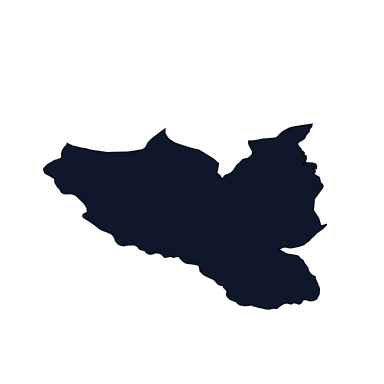 outline of Camocuautla, Puebla, Mexico, rotated 285°
{"feature_id": "50627088B78177110012738", "entity_name": "Camocuautla", "entity_type": "district", "adm_level": 2, "iso_a3": "MEX", "parent_name": "Mexico", "parent_adm1": "Puebla", "projection": "equal_earth", "projection_center": [-97.753, 20.035], "detail": "fine", "context": "isolated", "style": "filled", "palette": "ink", "viewbox_px": 384, "rotation_deg": 285, "n_neighbors": 0, "source": "geoboundaries", "source_scale": "gbopen_adm2", "svg_char_len": 5371}
<svg xmlns="http://www.w3.org/2000/svg" viewBox="0 0 384 384"><g transform="rotate(285 192 192)"><path d="M121.1,167.3L121.5,168.3L122.1,169.7L123.2,171.3L124.2,172.9L124.5,175.4L124.5,177.3L124.0,179.4L122.7,181.1L121.9,182.4L122.3,183.4L122.8,184.3L123.3,185.6L124.1,186.9L124.5,188.2L124.2,190.8L124.7,192.0L125.4,192.8L126.2,194.4L126.2,196.1L125.9,197.3L124.7,198.2L123.4,200.6L122.7,202.1L122.1,203.3L122.0,205.5L122.4,208.4L122.8,211.0L123.0,214.1L123.2,217.0L122.6,218.0L120.8,219.0L117.6,220.6L116.0,223.4L115.1,225.5L114.6,228.0L114.0,230.9L113.9,232.3L113.6,234.2L113.0,236.2L112.7,237.1L111.9,237.9L111.3,239.1L110.6,239.9L110.1,240.9L109.5,242.3L109.5,243.2L109.6,244.6L109.9,245.8L109.6,246.7L108.2,247.3L107.7,248.1L107.3,249.0L106.7,250.2L105.0,251.8L104.4,252.0L103.2,251.9L102.4,251.9L101.6,252.1L100.7,252.8L99.4,254.5L98.6,255.8L98.1,257.8L97.8,260.2L97.8,262.4L96.9,264.2L96.0,265.8L95.7,267.4L95.6,269.1L96.2,273.0L97.0,275.2L97.5,276.6L98.0,277.5L98.4,278.2L98.4,279.3L98.3,280.0L98.0,281.0L98.0,281.8L98.3,282.9L98.2,283.8L98.1,284.6L98.0,285.4L98.1,287.6L98.4,290.0L98.3,293.2L98.9,296.2L99.1,297.3L100.3,299.0L101.0,300.6L101.4,303.1L101.7,304.1L102.6,304.7L103.8,305.5L104.9,306.3L105.7,307.2L107.2,308.5L108.2,309.6L109.0,311.1L109.6,313.0L109.5,314.7L109.7,317.0L111.4,318.4L111.6,319.5L111.8,321.3L111.6,323.0L111.6,324.5L113.1,325.9L114.1,326.5L115.8,326.6L116.9,327.5L117.5,329.0L117.7,330.9L117.5,333.8L118.0,335.7L119.2,337.8L120.2,339.0L121.4,340.1L123.6,340.4L126.2,341.1L128.9,340.5L131.4,340.0L132.9,339.1L133.8,338.2L135.5,337.1L137.5,335.5L139.5,334.0L141.9,332.7L142.2,331.3L142.7,328.9L144.7,326.0L146.4,324.5L148.6,323.4L150.1,321.7L152.0,319.1L153.0,318.1L154.5,317.0L154.9,315.4L155.8,313.2L157.3,311.6L157.4,309.7L157.2,306.7L156.8,302.9L156.6,299.1L157.1,297.0L158.0,293.9L158.2,291.8L159.0,291.0L160.5,292.1L162.5,294.3L163.4,297.4L163.4,300.7L164.9,304.4L166.1,306.7L167.2,308.9L168.8,311.4L170.5,313.8L172.8,315.2L174.9,317.3L178.0,318.8L180.8,320.7L184.7,322.8L190.8,327.8L195.6,330.5L193.6,327.6L192.5,325.1L199.2,321.0L203.8,315.9L204.6,315.1L205.8,313.7L208.6,313.3L211.1,312.9L214.7,312.2L217.0,311.8L229.7,316.8L231.2,316.8L231.8,316.9L232.3,316.5L233.3,315.5L233.6,314.7L234.6,313.2L235.4,313.0L238.9,311.1L240.4,305.7L241.7,304.7L242.9,305.5L244.1,305.7L245.9,302.9L245.9,303.4L246.8,305.9L249.1,305.6L250.8,304.2L251.0,302.1L250.8,300.1L249.6,294.2L247.9,293.0L247.3,292.5L247.1,291.9L247.1,291.1L247.5,290.8L247.9,291.0L248.4,291.6L248.9,292.5L249.1,292.8L249.9,292.9L250.7,293.5L251.4,293.6L251.8,293.5L252.7,293.5L253.3,293.7L254.1,293.6L254.9,293.0L255.6,293.2L256.1,292.9L256.4,292.4L256.4,291.4L256.6,290.7L257.3,290.4L258.7,290.2L259.3,289.6L259.7,288.6L260.1,287.3L260.7,286.8L260.9,286.6L261.7,285.9L262.4,285.1L263.0,283.6L264.2,282.6L264.7,282.1L265.6,281.4L266.4,281.4L266.7,281.3L268.4,282.4L269.3,283.3L270.0,284.0L270.6,284.5L271.5,285.5L272.5,286.4L274.5,287.0L276.2,287.2L277.2,287.6L278.1,287.9L278.5,288.1L278.9,288.3L279.8,288.7L280.6,289.3L282.0,289.3L282.7,289.2L283.4,289.2L284.2,289.5L285.0,289.9L285.8,290.3L286.4,290.6L286.8,290.4L287.4,290.2L288.4,290.3L284.8,282.0L283.2,278.4L281.3,274.1L279.0,269.8L273.9,264.4L270.3,262.0L267.1,260.2L265.7,259.1L264.6,256.2L262.6,250.7L261.2,246.6L258.9,242.2L256.5,236.6L256.1,233.9L254.6,234.0L253.1,234.6L250.7,236.6L248.8,238.6L246.6,240.3L244.0,240.7L241.0,239.0L238.7,237.4L237.6,234.7L236.1,232.6L233.1,231.1L229.5,228.6L222.9,226.4L220.5,224.9L219.0,223.5L216.8,220.1L211.6,217.6L213.2,216.4L214.6,215.0L215.2,214.3L215.6,213.2L216.0,212.1L216.8,211.1L217.7,210.6L219.3,210.8L223.4,210.4L226.3,210.1L229.3,203.9L232.7,192.6L234.1,187.5L233.8,181.2L234.2,170.1L234.7,162.9L236.5,157.0L238.2,153.9L241.9,150.3L245.6,149.6L242.0,146.6L232.8,139.6L228.1,136.9L224.9,136.4L222.4,135.7L219.7,133.0L216.7,126.5L213.8,119.8L209.0,103.3L208.0,100.2L206.9,90.8L206.3,86.6L206.0,83.2L206.1,78.3L205.9,76.0L205.6,73.8L205.4,71.5L205.5,68.4L205.3,65.1L205.6,63.4L206.0,60.9L206.5,59.0L205.8,59.1L204.2,58.8L203.1,57.9L201.8,57.3L200.5,56.8L199.2,56.4L198.0,56.3L196.2,56.2L194.7,56.4L193.3,56.9L192.0,57.4L190.9,57.2L190.2,56.5L189.5,55.6L188.1,53.6L186.9,51.5L186.1,50.5L185.0,49.5L183.7,48.5L182.1,46.5L180.1,45.0L177.9,43.7L175.8,42.9L174.4,43.5L173.3,44.4L172.2,45.5L171.8,46.8L171.5,48.6L171.2,50.4L170.7,51.8L170.3,52.8L170.2,53.1L170.0,54.6L169.5,55.8L168.7,56.5L167.6,56.7L167.0,56.7L166.3,57.1L165.5,57.6L164.9,58.1L164.1,58.9L163.3,60.0L162.4,60.6L161.8,61.6L161.3,62.7L160.9,63.5L160.2,64.1L158.9,65.2L157.8,66.6L157.5,68.1L157.5,69.6L157.9,71.2L158.5,73.0L159.0,74.6L159.3,76.4L159.2,78.1L159.0,80.0L158.1,82.4L156.5,85.0L155.2,87.5L153.8,90.0L151.9,92.4L149.3,95.0L148.1,95.3L147.4,95.6L146.6,96.1L144.9,95.9L144.2,95.2L143.9,94.8L143.5,94.2L143.0,93.6L142.4,93.2L141.6,92.8L140.8,92.8L140.1,93.1L139.5,93.9L138.9,95.4L137.5,100.4L135.6,105.6L134.6,108.1L133.9,109.8L132.8,112.0L132.2,114.7L131.9,116.6L131.7,119.4L131.3,122.2L131.0,124.2L130.4,125.8L129.6,127.1L128.4,128.6L127.7,129.3L126.8,129.8L125.9,130.4L124.8,131.2L123.8,132.7L123.2,133.6L122.5,134.9L122.3,137.6L122.5,140.0L124.2,143.3L125.4,147.0L125.8,148.5L126.1,149.7L126.0,151.3L125.7,152.5L125.0,154.1L124.1,155.1L123.6,155.9L123.2,157.6L123.3,159.3L123.3,161.5L122.8,162.8L121.9,163.3L121.3,165.2L121.1,167.3Z" fill="#0f172a" stroke="#020617" stroke-width="1.5"/></g></svg>